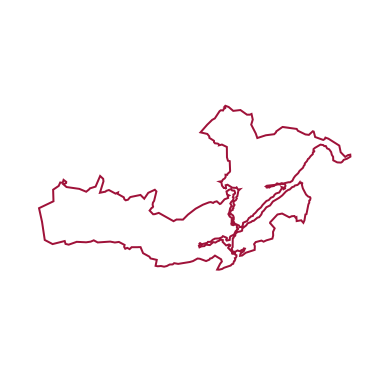 the district of Vaksdal nor, Hordaland, Norway, rotated 224°
{"feature_id": "86288312B98052754922139", "entity_name": "Vaksdal nor", "entity_type": "district", "adm_level": 2, "iso_a3": "NOR", "parent_name": "Norway", "parent_adm1": "Hordaland", "projection": "mercator", "projection_center": [5.767, 60.674], "detail": "fine", "context": "isolated", "style": "outline", "palette": "rose", "viewbox_px": 384, "rotation_deg": 224, "n_neighbors": 0, "source": "geoboundaries", "source_scale": "gbopen_adm2", "svg_char_len": 6131}
<svg xmlns="http://www.w3.org/2000/svg" viewBox="0 0 384 384"><g transform="rotate(224 192 192)"><path d="M290.8,74.1L279.2,66.4L264.6,55.2L256.1,57.7L249.5,68.3L246.9,66.8L244.1,68.5L240.3,76.1L233.2,82.3L230.4,85.9L229.1,89.0L224.8,90.2L216.4,99.5L212.4,102.1L209.9,105.3L203.7,107.1L202.7,105.4L200.6,104.8L199.8,106.8L197.2,107.6L197.1,110.3L190.7,116.6L184.7,114.0L177.7,115.9L175.7,115.4L170.2,118.7L166.9,113.6L165.1,114.7L162.9,117.2L160.2,118.9L158.7,121.2L157.7,124.3L155.6,126.5L155.4,128.4L152.0,130.7L144.9,140.2L143.3,143.0L141.8,148.0L140.0,149.4L133.9,152.1L132.5,155.4L132.8,156.6L131.8,158.2L131.3,162.2L124.3,163.8L122.2,162.7L121.9,159.9L120.0,153.7L118.6,154.9L116.9,157.5L116.3,159.8L113.1,166.0L113.1,167.8L112.5,169.0L113.7,171.3L113.4,171.7L114.0,173.5L115.2,174.2L114.8,175.2L115.2,176.4L116.1,177.4L117.5,177.0L118.3,177.7L119.5,176.0L120.4,175.6L121.7,176.7L127.2,176.9L127.6,178.5L127.2,179.7L127.6,180.3L128.9,180.0L130.3,177.3L135.3,177.4L136.4,178.8L138.5,177.4L138.6,175.9L139.5,174.1L140.0,171.9L141.9,170.7L142.3,166.2L145.1,164.0L145.5,163.3L145.5,161.7L147.4,159.5L148.2,157.4L149.8,158.2L149.7,159.9L147.7,160.6L150.7,160.2L150.7,160.8L148.3,161.3L148.6,161.3L145.7,166.1L145.9,167.2L144.1,168.9L143.9,172.0L143.1,174.4L140.3,177.4L139.0,180.1L139.1,181.7L135.2,183.2L134.8,183.1L134.3,181.4L133.3,181.2L131.6,183.7L133.3,185.8L133.5,186.9L132.2,190.6L133.4,194.2L133.1,195.5L133.6,196.1L133.1,197.2L133.5,197.9L135.0,197.6L136.6,199.3L138.4,198.6L139.3,196.7L140.9,196.0L142.0,196.8L142.0,198.5L142.9,198.3L145.4,201.0L147.7,200.5L150.5,201.4L151.0,203.2L153.2,206.7L153.9,209.7L156.4,210.3L156.9,212.2L156.9,213.3L156.5,213.8L157.9,216.7L159.0,216.7L159.5,218.1L160.5,218.9L160.0,220.7L160.5,221.5L162.5,222.4L164.2,221.0L166.0,221.1L167.1,218.9L167.0,218.4L167.6,216.4L165.0,214.6L162.9,215.3L163.3,213.8L161.9,212.8L163.5,209.4L163.2,203.7L163.6,202.7L167.7,202.5L168.9,200.5L169.2,198.8L171.5,197.8L172.6,196.3L175.3,190.5L177.8,182.5L179.2,172.9L179.3,165.9L184.0,161.5L185.0,158.2L201.4,153.9L203.4,150.2L204.5,149.0L209.6,149.2L210.0,152.6L209.6,153.4L209.8,154.4L211.5,155.5L212.7,157.2L213.1,159.3L218.0,167.7L220.3,167.8L222.9,161.0L221.7,154.0L227.0,154.1L232.6,145.9L232.9,145.1L232.7,142.0L233.9,140.0L235.5,139.8L237.4,140.8L244.2,139.0L244.9,140.2L245.9,137.7L253.1,135.7L254.4,133.4L254.5,132.1L257.7,127.5L263.1,138.2L265.1,139.8L269.2,139.7L265.1,128.9L268.0,123.6L267.8,122.6L268.3,118.7L275.2,116.0L285.7,108.4L289.8,108.2L288.8,111.0L289.5,111.9L292.8,111.5L291.4,108.8L293.4,107.3L292.1,103.8L293.5,97.2L285.2,89.1L290.8,74.1ZM169.5,217.8L172.5,220.3L171.5,221.9L166.0,223.1L163.2,225.5L163.1,226.3L160.6,225.7L159.4,227.3L159.5,225.1L156.5,220.5L156.7,219.4L156.4,218.8L155.3,218.5L154.8,216.6L155.3,214.7L155.1,213.5L154.0,212.5L152.4,212.2L151.8,209.7L151.0,209.2L151.0,208.0L150.3,207.5L151.0,205.5L150.2,203.7L150.0,201.8L148.9,201.6L149.2,202.5L148.9,203.3L146.1,203.6L144.4,202.8L143.0,201.4L142.6,199.8L141.0,199.1L141.7,198.0L141.5,197.0L140.8,196.5L140.0,197.4L140.5,199.3L139.4,198.9L135.0,200.5L133.3,200.0L132.4,200.9L132.0,202.8L133.8,205.4L132.2,209.5L133.0,212.9L132.5,214.2L132.7,215.2L131.6,217.1L132.2,218.4L131.9,221.3L132.2,224.7L131.7,228.8L132.2,231.7L132.2,237.3L131.2,239.5L131.3,242.6L130.2,245.2L130.7,247.4L130.5,249.3L128.9,252.3L130.0,257.3L131.0,257.8L129.6,258.4L128.1,257.6L127.6,259.2L128.7,259.7L128.6,260.7L129.4,261.7L131.2,262.2L132.1,260.8L132.9,260.5L134.5,257.9L135.3,257.5L137.1,254.5L137.2,253.3L139.1,250.7L139.5,248.9L140.9,248.2L141.2,247.4L141.5,247.0L142.0,247.0L141.4,247.3L141.8,247.7L142.7,247.4L142.5,248.5L137.0,255.1L136.8,257.3L134.9,258.2L133.5,260.8L132.3,261.4L129.4,266.0L128.3,267.0L127.6,269.8L128.6,272.9L128.9,275.3L128.7,279.3L129.3,281.9L129.0,286.6L129.8,288.6L129.8,289.9L130.7,290.9L130.8,294.2L131.5,296.3L131.2,297.2L131.6,300.3L131.4,303.1L132.6,304.5L132.2,305.7L132.4,306.3L133.6,306.3L134.4,307.4L134.2,309.2L132.5,315.3L130.2,316.9L128.7,316.9L127.7,318.0L125.1,317.2L123.0,318.0L119.7,317.4L117.3,315.9L114.9,315.3L112.4,312.9L108.1,314.2L105.3,316.6L104.9,318.1L105.2,320.5L103.6,323.6L102.6,327.5L104.1,328.8L105.4,326.9L106.2,323.7L112.7,323.9L118.3,327.7L130.9,325.1L133.8,323.8L133.3,322.1L133.8,320.6L141.6,317.1L146.4,320.0L147.3,319.6L147.6,314.3L150.4,312.2L158.4,309.6L160.5,310.1L172.1,301.6L173.5,294.1L173.0,293.3L173.0,290.7L178.3,284.1L182.5,276.2L186.8,278.4L196.2,281.6L198.6,286.3L203.4,289.5L204.1,287.8L206.2,285.8L214.1,284.6L218.7,279.0L224.7,278.6L227.9,277.2L227.8,275.7L227.0,276.1L226.4,275.5L226.8,273.7L226.3,272.2L228.0,270.9L228.3,269.3L226.7,260.8L227.6,257.9L227.8,250.9L227.3,240.8L221.3,244.4L218.2,244.0L217.1,243.0L211.8,244.1L210.7,243.1L209.3,243.0L207.1,244.7L205.3,245.0L205.0,244.4L203.4,246.9L198.2,248.6L190.9,241.2L187.9,239.5L186.3,240.4L179.2,233.6L178.8,232.8L179.0,229.7L178.6,228.8L179.9,227.7L178.3,226.3L177.9,224.5L178.4,222.3L177.9,220.7L179.4,218.6L177.5,219.3L174.8,217.4L171.9,217.0L170.7,218.1L169.5,217.8ZM121.2,274.1L120.9,271.9L121.0,270.4L122.5,268.1L122.4,266.7L123.3,265.2L123.5,261.5L124.2,260.5L124.8,257.6L124.7,252.3L125.3,248.3L127.2,241.3L126.5,236.6L127.9,232.7L127.4,228.5L127.6,226.5L126.5,223.9L126.2,220.5L127.1,219.0L127.6,214.1L128.4,213.2L128.7,211.3L130.2,208.2L129.8,205.6L130.5,200.7L129.1,199.0L129.8,197.3L131.5,194.9L131.7,193.1L131.7,192.0L130.6,190.7L130.7,188.3L130.3,187.8L130.5,187.0L124.5,180.6L124.1,178.7L121.0,177.4L119.3,179.2L118.7,181.5L115.9,182.9L116.1,184.4L115.2,186.1L115.5,187.5L114.6,188.0L113.6,185.2L114.3,182.3L114.0,180.8L113.1,179.5L111.8,181.2L111.1,185.7L106.7,193.9L109.3,196.8L111.1,197.6L111.4,200.2L108.3,205.3L106.0,206.0L104.9,208.9L101.8,214.3L103.4,217.1L106.0,219.6L107.3,223.3L114.3,223.9L114.7,224.5L114.9,235.2L112.2,239.1L104.4,241.4L103.4,243.9L101.6,245.9L99.7,245.5L99.4,246.4L96.5,243.8L93.8,247.5L90.5,247.2L91.4,249.7L94.8,254.6L94.3,255.6L99.7,264.0L100.2,265.7L101.7,267.3L101.5,268.3L102.5,269.9L103.4,270.3L105.4,269.4L108.2,269.4L114.8,271.6L117.9,273.5L118.8,274.9L119.7,274.8L120.2,273.7L121.2,274.1Z" fill="none" stroke="#9f1239" stroke-width="2"/></g></svg>